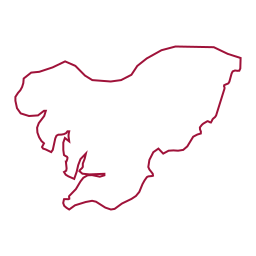 the Prefecture of Forécariah
{"feature_id": "GIN-5637", "entity_name": "Forécariah", "entity_type": "Prefecture", "adm_level": 1, "iso_a3": "GIN", "parent_name": "Guinea", "parent_adm1": "", "projection": "mercator", "projection_center": [-13.121, 9.37], "detail": "fine", "context": "isolated", "style": "outline", "palette": "rose", "viewbox_px": 256, "rotation_deg": 0, "n_neighbors": 0, "source": "natural_earth", "source_scale": "10m", "svg_char_len": 1951}
<svg xmlns="http://www.w3.org/2000/svg" viewBox="0 0 256 256"><path d="M240.6,58.0L240.3,68.5L239.3,70.7L237.4,70.8L235.0,70.5L232.7,71.4L231.6,73.5L229.4,81.6L228.8,82.7L228.3,83.4L227.5,83.8L226.1,84.3L224.2,85.2L224.0,86.2L224.5,87.3L224.5,88.6L216.1,115.5L215.0,117.1L213.3,118.5L212.5,119.4L211.8,120.9L210.9,122.5L209.7,122.2L208.4,121.4L207.4,121.2L203.3,123.6L201.9,124.8L199.9,127.4L200.0,129.4L200.9,131.6L200.8,133.5L197.4,134.5L193.2,136.7L187.3,146.4L183.2,149.9L178.1,150.7L173.4,150.4L168.6,150.7L163.2,153.6L158.4,148.6L153.3,152.2L149.4,159.9L148.3,167.0L149.4,169.5L152.7,173.7L153.0,175.7L152.1,176.0L148.3,176.4L146.9,177.1L144.5,180.5L142.5,184.1L139.3,191.9L135.9,196.0L131.5,198.9L122.0,203.5L114.6,208.9L110.9,209.5L105.3,207.6L96.0,201.7L92.1,200.8L85.7,202.0L75.0,205.3L69.2,209.5L66.5,207.8L64.2,205.8L63.2,203.0L64.0,199.2L64.7,199.1L68.4,199.2L69.3,198.8L69.3,197.9L69.0,196.9L69.2,196.0L75.9,189.1L80.5,181.4L83.4,177.7L87.6,175.3L92.0,175.1L99.8,176.7L104.4,175.3L104.4,173.8L89.5,174.4L82.4,173.7L79.4,171.1L79.9,170.1L82.0,168.1L82.8,166.9L82.8,163.6L84.7,158.6L85.9,153.5L80.5,159.1L78.2,165.1L76.7,171.7L74.2,178.9L68.3,176.3L65.7,174.7L64.0,172.0L66.2,170.7L66.6,168.4L65.9,161.9L66.2,162.0L66.7,160.8L67.3,159.1L67.5,157.7L67.0,156.8L64.7,155.5L64.0,155.0L63.3,150.0L63.3,142.6L64.9,138.0L69.2,141.4L68.5,136.0L68.7,133.7L69.2,131.3L67.5,131.3L66.1,133.1L64.0,134.1L61.4,134.6L58.3,134.7L56.5,135.7L55.3,138.3L52.8,149.8L51.2,152.1L45.6,149.4L43.1,148.6L42.0,147.0L44.0,143.3L41.5,141.1L39.1,137.2L37.4,132.5L37.1,127.7L38.8,123.1L44.2,116.0L45.8,110.8L44.0,110.8L38.0,115.4L29.0,116.0L20.7,113.4L17.0,108.2L15.4,100.8L15.4,96.9L18.0,92.9L20.3,90.3L22.1,87.0L23.3,83.1L23.7,78.5L31.2,72.6L39.3,71.8L52.6,67.4L65.1,61.4L75.4,65.9L85.0,75.6L92.3,80.1L110.7,81.5L121.1,80.1L131.4,74.8L137.3,65.9L146.8,58.4L161.5,50.2L175.5,46.5L213.8,47.2L227.8,53.9L240.6,58.0Z" fill="none" stroke="#9f1239" stroke-width="2"/></svg>